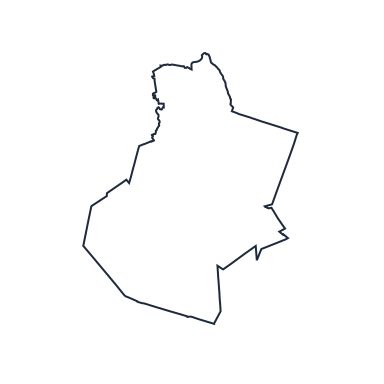 the district of Co Do, Can Tho, Vietnam, rotated 330°
{"feature_id": "81297802B1021983329449", "entity_name": "Co Do", "entity_type": "district", "adm_level": 2, "iso_a3": "VNM", "parent_name": "Vietnam", "parent_adm1": "Can Tho", "projection": "natural_earth1", "projection_center": [105.49, 10.13], "detail": "fine", "context": "isolated", "style": "outline", "palette": "slate", "viewbox_px": 384, "rotation_deg": 330, "n_neighbors": 0, "source": "geoboundaries", "source_scale": "gbopen_adm2", "svg_char_len": 5674}
<svg xmlns="http://www.w3.org/2000/svg" viewBox="0 0 384 384"><g transform="rotate(330 192 192)"><path d="M287.4,165.5L283.4,160.9L280.5,157.7L280.2,157.2L271.4,147.7L271.0,147.2L270.8,146.7L270.5,146.3L266.9,142.0L269.9,139.4L269.5,137.4L269.0,135.6L269.4,134.9L270.0,134.5L270.2,134.2L270.5,133.7L270.8,133.0L271.3,132.5L272.0,131.3L272.1,131.1L272.1,130.9L271.9,130.5L271.8,130.3L271.9,130.0L272.2,129.0L272.4,128.7L272.4,128.4L272.5,127.3L272.5,126.3L272.4,125.2L272.5,124.8L272.6,124.3L272.9,123.7L273.1,123.2L273.3,122.5L273.5,121.2L273.7,119.8L273.8,118.8L274.1,117.7L274.1,117.3L274.3,116.9L274.6,116.3L275.0,115.5L275.1,115.2L275.3,114.6L275.4,114.3L275.6,114.0L275.7,113.8L275.7,113.6L275.6,113.3L275.6,113.1L275.7,112.4L275.7,111.6L275.7,110.9L275.6,110.5L275.6,110.1L275.8,109.1L276.0,108.8L276.3,108.4L276.5,107.6L276.6,107.3L276.6,106.6L276.6,106.2L276.5,105.6L276.4,105.1L276.3,103.6L276.3,102.8L276.3,102.2L276.4,101.6L276.7,100.6L276.7,100.2L276.1,98.0L276.1,97.3L276.0,96.6L275.7,95.8L275.5,94.9L275.0,93.3L274.7,92.8L274.4,92.5L274.2,92.1L273.9,91.5L273.9,91.3L273.9,90.8L273.8,90.6L273.3,89.8L273.3,89.5L273.3,89.2L273.6,88.2L273.7,87.6L274.3,85.9L274.3,85.5L274.3,85.1L274.4,84.8L274.8,84.3L274.9,83.3L274.9,82.8L274.8,82.2L275.1,81.6L275.1,81.4L274.9,81.1L274.4,80.3L274.1,80.1L273.9,80.0L273.6,80.0L273.3,80.0L273.2,79.9L273.2,79.7L273.2,79.0L273.2,78.7L272.9,78.2L272.6,78.1L272.1,77.9L271.6,77.9L271.1,77.9L270.6,78.0L270.0,78.2L269.5,78.3L269.2,78.3L268.9,78.5L268.7,79.3L268.5,79.9L268.2,80.3L267.9,80.7L267.1,81.2L266.2,81.7L265.4,81.9L264.5,82.0L263.4,82.0L262.4,81.9L261.0,81.5L259.8,81.0L258.1,80.3L257.4,80.2L256.8,80.3L256.3,80.4L255.6,80.9L255.2,81.4L254.6,82.5L252.9,85.7L252.7,85.4L252.3,84.8L251.8,84.2L251.7,83.7L250.4,81.5L250.2,81.4L249.4,81.6L249.2,81.6L248.8,81.4L248.0,81.1L247.9,80.9L247.8,80.6L247.9,79.1L247.8,78.9L247.6,78.8L247.1,78.8L246.9,78.7L246.5,78.3L246.0,78.0L245.4,77.5L244.1,76.3L243.7,75.9L242.3,74.9L241.6,74.3L240.3,73.1L238.5,71.7L238.3,71.5L236.9,71.2L236.5,71.0L236.1,70.8L235.5,70.2L234.8,69.4L234.5,69.3L234.1,69.1L233.7,69.0L233.0,69.0L232.8,68.8L232.5,68.6L232.1,68.2L231.3,68.1L230.8,67.8L230.6,67.7L230.2,67.8L229.8,67.9L229.6,67.9L229.0,67.5L228.5,67.1L228.0,66.8L227.7,68.0L219.4,68.1L218.4,68.2L218.0,70.6L217.3,72.7L216.9,72.6L215.7,72.2L215.2,72.1L215.1,73.0L215.2,73.6L215.2,74.0L215.3,74.2L215.5,74.4L216.0,74.8L216.2,75.0L216.1,75.5L215.5,76.4L214.7,78.2L211.2,87.4L211.1,87.5L210.5,87.5L210.0,87.6L209.9,87.6L209.2,87.4L208.1,87.2L207.7,87.3L207.3,87.4L207.0,87.7L206.8,88.1L206.5,88.7L206.5,89.2L206.6,89.4L206.7,89.5L207.0,89.5L207.5,89.4L207.9,89.4L208.2,89.5L208.3,89.8L208.4,90.0L208.3,90.3L208.1,90.7L207.6,91.1L207.2,91.2L206.9,91.1L206.4,90.8L206.2,90.8L205.8,91.1L205.7,91.4L205.7,91.7L205.9,91.9L206.0,92.0L206.3,92.0L206.6,92.0L206.9,92.0L207.2,92.1L207.3,92.3L207.5,92.7L207.6,93.2L207.6,93.6L207.4,94.9L207.5,95.1L207.8,95.3L208.1,95.3L208.7,95.1L208.5,95.7L207.3,99.0L208.6,99.5L209.6,100.1L211.6,101.4L209.8,104.7L209.1,104.2L207.5,105.2L207.1,105.4L206.9,105.4L206.7,105.2L206.4,105.0L206.1,104.5L205.6,104.1L205.6,103.8L205.7,102.8L205.7,102.5L205.6,102.3L205.4,102.2L205.2,101.8L204.6,102.0L204.4,102.0L204.1,101.9L203.5,102.5L203.2,102.7L203.0,102.8L202.4,102.8L202.2,102.9L201.8,103.3L201.4,103.8L201.3,104.2L201.1,104.5L201.1,105.3L201.1,106.3L201.4,107.6L201.5,107.9L201.5,108.3L201.4,108.7L201.2,109.2L200.7,109.9L200.5,110.2L199.5,111.0L199.3,111.2L199.2,111.4L199.1,111.6L199.0,112.0L199.0,112.4L199.3,113.2L199.4,113.6L199.4,114.0L199.3,114.4L199.0,115.1L198.9,115.4L198.6,115.6L198.0,115.8L197.3,116.5L197.1,116.8L197.0,117.1L197.0,117.8L196.5,118.3L196.0,118.4L195.7,118.5L194.4,119.2L193.2,119.8L193.0,120.0L192.6,120.6L192.2,120.8L191.5,120.8L191.4,120.9L191.2,121.0L190.9,121.7L190.3,122.4L189.9,122.9L189.4,123.2L189.2,123.4L188.8,123.3L188.6,123.1L188.4,122.9L188.2,122.8L188.0,122.7L187.7,122.7L186.9,122.9L186.6,122.8L186.2,122.5L185.8,122.5L185.7,122.7L185.6,122.9L185.6,123.1L185.7,123.3L186.0,123.6L186.1,123.9L186.0,124.1L185.8,124.4L185.6,124.5L185.3,124.7L184.6,125.1L184.7,126.7L184.9,128.1L184.8,128.4L182.0,128.1L182.0,127.6L179.2,127.3L174.9,126.7L173.2,126.3L169.2,125.8L166.3,128.6L161.2,133.7L156.6,138.4L151.7,143.2L149.7,145.3L145.4,149.6L142.0,152.8L141.3,148.5L136.4,149.0L128.6,149.6L118.7,150.4L117.7,150.5L116.3,152.8L116.2,152.9L115.9,153.0L114.7,153.0L110.6,153.2L100.2,153.8L97.7,154.0L91.3,161.2L87.2,165.8L84.8,168.5L81.4,172.4L70.9,184.3L72.3,192.0L77.7,222.7L80.3,238.0L80.5,239.5L81.2,244.0L81.7,247.1L82.0,248.2L82.6,249.5L83.4,250.4L85.3,252.9L90.0,259.3L89.9,259.9L93.4,263.5L94.1,264.0L94.6,264.3L103.1,273.5L113.6,284.6L121.5,292.8L125.8,297.4L125.6,297.9L126.8,298.4L128.9,299.5L129.2,299.8L134.5,305.8L145.2,317.2L145.3,317.0L156.8,309.8L157.2,309.5L160.8,302.2L162.6,298.3L163.8,295.9L164.7,294.2L166.0,291.6L167.2,289.0L167.8,287.8L170.1,283.1L171.2,280.8L171.7,279.6L172.8,277.5L174.7,273.6L176.6,269.8L177.2,268.6L179.6,273.4L180.3,274.6L188.9,273.8L190.0,273.7L206.1,271.9L220.2,270.6L216.7,277.9L214.0,283.5L223.5,276.1L223.8,276.1L237.9,278.2L246.4,279.4L248.9,279.8L252.0,279.9L250.0,274.4L249.5,274.6L247.8,270.0L254.3,270.2L253.8,265.3L253.4,260.1L253.2,258.0L253.1,251.5L252.9,245.4L251.6,244.9L251.3,244.8L250.8,244.8L250.4,244.5L250.0,244.2L249.7,243.9L249.6,243.7L249.5,243.4L249.1,243.1L249.0,242.8L249.0,242.5L248.9,242.3L248.8,242.1L248.3,241.8L248.1,241.7L247.9,241.4L247.8,240.8L255.2,242.7L255.8,242.2L267.6,232.2L293.3,210.7L304.1,201.5L311.5,194.7L312.1,194.3L312.6,194.1L313.1,193.7L305.2,185.1L302.2,181.8L302.1,181.5L294.5,173.2L287.4,165.5Z" fill="none" stroke="#1e293b" stroke-width="2"/></g></svg>